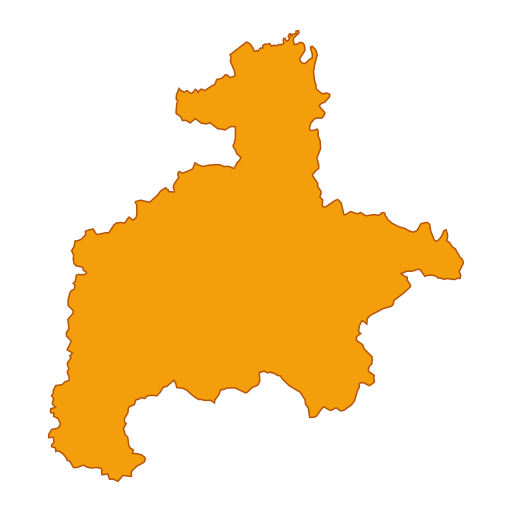 Van Quan, Lạng Sơn, Vietnam (Albers equal-area conic projection)
{"feature_id": "81297802B89235073975729", "entity_name": "Van Quan", "entity_type": "district", "adm_level": 2, "iso_a3": "VNM", "parent_name": "Vietnam", "parent_adm1": "Lạng Sơn", "projection": "albers", "projection_center": [106.543, 21.85], "detail": "fine", "context": "isolated", "style": "filled", "palette": "amber", "viewbox_px": 512, "rotation_deg": 0, "n_neighbors": 0, "source": "geoboundaries", "source_scale": "gbopen_adm2", "svg_char_len": 5938}
<svg xmlns="http://www.w3.org/2000/svg" viewBox="0 0 512 512"><path d="M53.2,390.7L53.1,393.7L51.5,395.7L53.6,398.4L52.2,403.8L55.6,407.4L50.7,408.7L50.4,411.5L51.0,412.9L53.9,413.1L53.6,416.3L57.9,418.5L59.9,422.4L60.2,424.1L59.6,426.2L57.6,428.3L51.6,429.5L48.8,434.1L48.6,437.7L52.9,437.2L53.5,437.8L53.9,442.3L51.5,445.1L51.6,446.7L55.5,447.9L55.8,451.5L56.9,450.9L58.8,451.0L62.9,453.8L66.6,458.2L67.2,460.3L69.9,461.3L73.5,467.6L77.0,467.5L83.6,465.1L86.4,466.9L91.2,468.0L96.4,467.5L101.0,468.4L101.6,469.1L101.9,474.8L107.7,474.0L109.5,479.2L113.4,479.2L118.0,481.3L122.9,475.5L131.4,476.4L131.4,472.2L132.0,470.8L136.7,466.3L143.7,462.4L145.2,460.3L144.9,457.4L141.4,454.8L137.4,453.7L132.5,453.4L133.3,449.8L130.6,448.3L128.8,445.6L127.7,437.2L124.9,434.4L124.5,431.4L123.4,428.7L126.3,423.5L125.2,422.9L124.4,421.2L124.5,418.5L127.8,413.0L128.6,407.3L134.4,404.5L135.9,399.8L138.4,399.3L141.6,397.7L144.7,398.5L147.2,395.9L151.9,395.3L156.9,395.8L160.2,392.2L163.4,387.1L166.7,386.5L173.9,380.2L175.8,383.4L176.7,387.6L182.6,388.2L186.0,389.7L194.1,396.6L198.6,399.5L201.4,399.5L204.6,400.4L210.5,400.3L214.5,402.9L214.8,400.1L218.4,395.4L220.8,389.7L223.6,389.5L227.1,388.0L235.1,387.9L245.6,392.9L247.1,392.3L252.3,387.5L257.2,385.4L258.3,384.2L259.8,380.9L259.2,372.5L264.2,371.2L267.4,372.9L270.7,372.1L271.6,372.9L273.6,373.0L277.4,375.4L280.5,375.9L281.8,378.4L289.5,385.9L300.3,392.3L305.0,399.7L305.6,404.5L308.3,408.0L309.6,417.4L313.6,417.3L316.4,416.2L321.4,409.1L323.8,406.8L330.0,410.3L331.8,410.1L336.0,407.7L340.5,410.9L343.8,410.4L351.3,405.0L354.5,400.9L357.4,390.9L359.3,387.2L359.0,384.1L359.7,383.4L360.9,382.8L363.7,382.8L369.2,385.7L372.8,383.5L374.5,381.5L373.7,377.8L374.3,375.5L369.2,371.7L368.2,370.1L369.3,366.3L371.8,363.9L372.3,359.7L371.9,356.6L365.2,350.0L363.9,348.2L362.6,344.7L356.3,340.2L356.7,336.5L360.7,333.6L358.9,332.0L358.6,330.5L359.6,325.1L361.8,321.2L362.6,320.6L366.8,324.1L367.3,318.7L370.2,315.4L383.2,308.6L391.6,306.2L393.3,304.0L393.9,300.6L404.9,292.0L409.8,287.3L410.5,286.3L410.4,284.9L407.3,280.2L407.2,277.2L405.0,276.6L401.0,273.6L406.9,271.2L412.1,271.2L418.1,269.2L420.4,269.9L424.9,276.4L426.5,275.6L432.5,275.1L437.1,276.8L437.7,277.9L440.4,278.1L444.3,279.4L446.7,278.5L454.5,279.6L457.8,278.2L460.0,278.5L460.7,275.4L459.2,271.4L463.4,263.1L463.0,261.1L461.6,258.4L460.0,257.2L455.2,248.7L452.5,247.0L449.4,242.4L446.6,240.7L447.5,237.7L447.5,234.3L446.1,229.8L443.8,230.8L441.7,236.1L438.7,239.9L436.6,241.2L435.5,241.0L434.3,240.0L430.7,231.1L429.7,224.5L427.6,222.6L425.0,222.6L420.9,223.8L417.2,230.3L413.3,232.2L409.0,230.8L404.4,228.3L398.5,226.6L392.3,223.4L387.3,219.2L387.1,218.0L385.3,215.7L384.8,213.2L383.8,212.7L381.7,212.8L379.2,215.3L373.5,214.6L366.1,215.9L360.4,212.5L357.7,213.9L350.5,211.5L345.5,214.7L343.9,214.6L341.2,203.0L337.8,199.5L335.0,200.5L325.8,206.8L324.1,207.1L322.8,206.5L322.3,205.0L322.7,199.9L319.9,197.3L321.1,193.2L320.8,191.0L317.6,186.4L317.7,183.2L312.6,175.9L312.6,174.7L315.9,170.5L318.7,168.6L318.7,164.7L316.8,158.1L320.6,148.5L320.1,140.7L318.2,135.9L318.2,131.6L317.6,129.5L316.8,129.1L314.1,130.3L310.6,130.5L309.7,129.8L309.6,127.6L310.9,122.9L314.5,118.9L317.0,118.0L321.3,118.1L322.3,117.8L324.3,115.0L324.8,113.7L324.6,112.3L320.0,107.2L319.3,105.5L321.3,103.5L324.9,102.1L329.4,97.0L329.8,95.5L329.5,94.2L327.5,93.2L325.8,93.0L323.5,93.9L321.5,93.3L316.7,89.4L316.2,88.4L315.9,84.8L314.6,80.7L313.5,71.8L314.8,64.0L317.3,54.8L315.7,49.9L312.8,46.7L312.0,46.3L310.7,46.8L310.6,48.3L312.2,54.0L312.3,57.7L308.7,60.0L305.5,63.3L303.5,63.5L301.1,62.1L299.9,60.3L299.9,58.3L305.0,50.5L304.5,45.3L302.7,42.9L300.4,42.3L296.8,44.2L294.3,44.6L293.1,39.7L293.9,37.7L298.9,33.2L298.6,30.7L296.0,31.1L295.9,33.6L292.8,34.2L291.2,36.1L290.6,33.7L289.4,34.0L288.2,36.7L289.3,38.1L289.1,39.6L287.1,41.2L286.4,41.1L284.9,38.3L283.9,38.3L283.1,40.0L283.8,43.0L283.3,44.0L281.8,44.1L280.6,44.9L278.7,44.4L277.1,45.7L273.8,45.3L271.4,46.2L269.8,43.5L267.2,44.3L264.8,44.2L262.8,45.5L262.8,48.1L260.5,48.0L257.9,51.1L256.6,50.6L255.6,51.3L254.1,51.2L252.9,47.9L249.9,43.7L246.5,42.0L230.0,54.8L231.0,57.0L230.4,61.5L234.2,70.3L235.1,75.3L234.2,76.4L230.0,77.5L227.0,74.9L225.3,74.9L221.9,78.2L216.7,79.5L214.7,84.7L212.2,85.6L205.0,90.4L204.1,90.5L202.3,89.2L200.6,89.4L198.0,92.4L196.8,90.2L195.3,89.3L192.4,93.0L191.4,93.4L189.0,92.3L187.1,90.5L184.3,92.2L180.5,90.3L179.0,88.5L176.4,95.0L176.3,99.5L177.5,100.1L177.6,101.4L176.7,103.9L176.0,112.8L176.5,113.8L180.8,116.7L182.4,120.6L185.9,120.3L190.2,122.9L195.4,118.6L201.2,123.1L206.3,123.9L210.1,122.8L217.9,128.8L221.6,129.0L224.8,130.0L230.6,126.6L235.4,126.7L235.4,137.9L234.2,143.5L233.1,145.4L233.2,146.6L235.8,150.8L236.8,153.8L240.9,157.3L239.6,160.3L237.1,162.6L234.1,168.5L228.6,166.3L224.1,166.6L220.3,165.0L217.4,164.6L208.7,165.2L203.0,166.5L198.5,165.0L195.0,162.8L193.0,168.1L191.8,169.4L183.2,173.0L181.5,172.9L179.4,171.5L178.4,172.1L177.7,174.5L178.8,177.5L174.6,183.2L173.2,186.9L174.4,191.0L174.0,192.1L168.5,191.5L168.0,189.5L166.9,189.4L166.1,188.0L165.0,188.1L160.8,190.8L157.7,194.9L149.6,202.3L140.7,200.2L135.6,201.6L135.3,202.4L136.7,204.8L136.9,214.0L136.0,217.6L133.3,219.9L132.3,219.9L129.9,217.6L128.7,217.2L124.7,223.0L120.6,222.5L116.3,223.0L113.9,225.0L108.7,232.9L106.0,232.7L97.2,234.5L96.3,234.0L93.1,229.0L88.5,230.0L85.3,231.3L85.7,234.7L81.6,239.1L77.5,240.8L75.1,240.9L74.1,246.5L71.6,250.6L73.7,255.4L73.2,258.9L74.0,263.4L75.9,265.8L82.6,267.1L83.4,270.5L85.8,271.5L86.6,272.7L85.9,273.7L83.0,274.9L79.2,274.4L76.4,275.1L75.2,281.2L73.2,283.4L74.9,285.0L74.6,288.3L73.7,289.5L71.4,290.6L70.1,292.3L68.1,299.9L68.2,305.6L73.4,310.9L72.9,313.4L67.8,319.5L69.0,328.8L66.9,331.7L66.2,333.9L66.7,336.2L70.6,340.4L71.1,341.5L67.1,349.9L72.5,352.9L69.7,356.0L71.2,357.4L67.4,362.9L67.5,365.1L68.8,368.9L67.2,372.0L69.2,377.6L69.2,380.3L64.9,381.9L61.9,384.8L55.7,385.5L53.2,390.7Z" fill="#f59e0b" stroke="#b45309" stroke-width="1.5"/></svg>